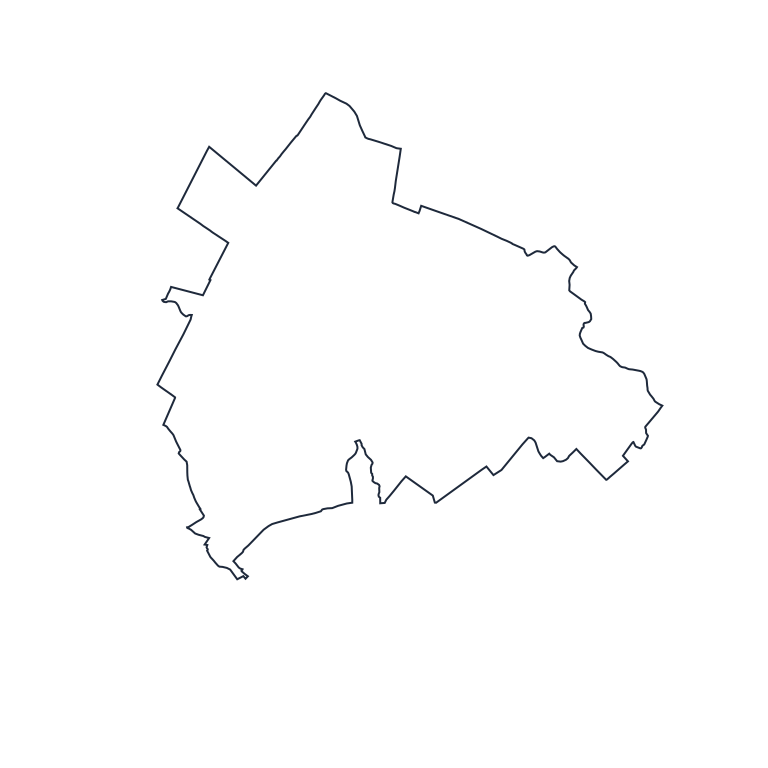 outline of Gaesti, Dâmbovita, Romania, rotated 205°
{"feature_id": "2599482B24662006663343", "entity_name": "Gaesti", "entity_type": "district", "adm_level": 2, "iso_a3": "ROU", "parent_name": "Romania", "parent_adm1": "Dâmbovita", "projection": "equal_earth", "projection_center": [25.308, 44.722], "detail": "fine", "context": "isolated", "style": "outline", "palette": "slate", "viewbox_px": 768, "rotation_deg": 205, "n_neighbors": 0, "source": "geoboundaries", "source_scale": "gbopen_adm2", "svg_char_len": 6154}
<svg xmlns="http://www.w3.org/2000/svg" viewBox="0 0 768 768"><g transform="rotate(205 384 384)"><path d="M642.7,525.1L643.0,520.6L645.3,456.7L645.4,456.0L617.8,451.5L614.6,450.8L611.1,450.3L606.0,449.5L605.0,449.2L602.8,448.8L588.2,446.7L584.8,446.1L586.4,405.8L586.4,404.8L585.2,404.8L585.6,387.9L618.0,382.0L617.7,379.4L617.7,376.8L617.9,374.7L617.8,371.8L617.7,368.9L620.5,366.4L619.8,365.8L618.4,365.4L617.1,365.7L616.0,366.1L614.6,367.7L611.7,369.0L608.8,369.8L607.8,369.9L606.5,369.6L603.9,368.2L602.5,367.0L599.6,364.3L598.5,363.4L597.5,362.9L595.3,362.1L593.1,361.7L592.0,361.6L591.0,362.4L590.2,363.7L589.1,364.6L587.4,365.3L587.2,363.8L586.5,360.6L586.8,344.3L587.7,327.1L588.1,314.0L588.8,297.9L589.1,287.7L584.4,286.7L571.0,284.3L567.7,283.6L567.5,283.1L566.7,253.7L564.0,253.7L562.5,253.4L560.7,252.3L557.6,250.8L554.8,249.6L553.2,248.7L548.1,244.0L545.7,242.1L540.7,238.2L540.3,237.4L540.4,236.7L540.8,236.0L540.9,235.5L540.7,234.3L539.4,233.7L533.0,231.1L530.1,230.2L528.0,227.2L525.1,221.1L523.5,218.0L521.3,214.3L520.1,213.1L516.8,209.3L516.0,208.5L515.3,207.7L514.1,206.3L511.6,204.1L509.9,202.8L507.9,200.7L505.2,198.3L504.0,197.4L499.6,194.4L497.6,193.2L498.0,192.6L491.6,188.6L491.3,187.1L491.5,186.0L492.1,184.8L492.6,183.9L495.7,179.6L498.3,175.4L500.6,171.9L501.0,171.5L501.9,170.9L501.6,170.5L501.0,170.4L499.7,170.5L497.2,170.3L492.0,168.7L488.3,169.0L483.4,169.9L481.8,169.7L477.4,170.5L478.7,162.7L476.1,163.4L475.8,161.0L474.9,160.2L474.1,159.9L473.7,159.3L473.9,158.2L468.6,154.1L467.8,153.6L466.0,152.9L463.6,151.9L461.4,150.8L457.7,149.2L456.0,148.9L453.1,150.0L448.7,150.9L445.0,150.8L434.5,145.0L430.3,150.4L427.2,149.0L426.1,152.2L430.0,153.0L433.5,154.0L434.1,154.3L434.3,154.7L433.9,155.6L433.9,156.3L436.3,156.0L437.2,156.1L438.3,156.4L442.6,158.6L445.6,159.8L444.0,165.1L441.4,170.7L440.9,172.4L441.2,174.4L440.6,176.1L438.7,180.3L431.5,201.1L428.6,206.4L426.2,209.8L421.8,213.7L404.5,228.4L394.8,235.5L391.4,238.3L387.4,242.0L387.0,244.0L386.2,244.9L382.7,247.4L378.5,249.6L374.1,254.2L367.2,260.0L362.6,263.0L363.7,265.4L370.0,277.5L372.8,281.4L377.7,287.2L379.1,288.5L381.3,289.2L382.1,290.2L383.5,294.2L384.1,296.5L384.3,299.6L383.7,301.2L382.3,303.8L381.0,307.0L380.5,308.6L380.4,309.8L380.7,314.1L381.5,315.8L382.9,317.4L384.5,318.8L385.7,319.6L383.2,322.1L382.3,322.8L379.0,320.3L378.4,319.0L376.5,317.6L374.3,316.8L370.8,312.5L367.7,311.0L363.8,309.8L361.2,308.1L360.8,306.9L361.1,305.5L360.6,302.6L358.1,298.1L356.7,297.5L356.1,296.2L354.8,295.2L354.0,293.4L353.9,292.3L353.6,291.4L352.0,290.8L349.9,290.5L348.2,290.9L345.9,290.5L344.8,289.5L344.4,287.7L342.5,284.0L342.4,282.4L342.1,281.0L341.1,279.7L339.4,279.3L337.0,274.3L333.1,276.5L333.0,280.1L331.6,284.8L329.9,291.4L327.4,301.8L327.1,303.1L325.2,309.5L292.6,303.5L287.8,298.0L286.6,298.4L259.2,347.6L256.3,352.5L246.3,347.7L241.2,355.7L233.0,387.8L230.6,395.7L230.3,396.5L227.4,397.2L224.0,396.4L221.9,395.0L215.6,388.2L213.3,386.6L211.2,385.3L208.4,384.1L207.2,386.1L204.8,390.7L203.4,390.1L199.0,389.4L194.5,387.2L191.1,388.3L189.2,389.7L187.0,392.3L186.0,394.5L185.8,397.1L183.9,401.8L182.2,406.4L176.5,404.1L164.3,399.5L155.3,396.0L142.2,391.1L142.1,391.3L141.6,391.6L141.2,392.4L141.1,392.7L140.2,394.7L140.2,394.8L137.8,400.0L132.3,412.4L130.2,417.0L137.1,419.9L134.4,434.3L133.9,436.3L133.4,436.8L130.1,434.1L129.1,433.7L124.5,434.0L123.8,434.5L123.6,435.7L123.7,437.2L122.6,439.2L122.6,443.8L122.7,447.5L122.9,448.6L124.1,449.3L125.7,450.3L127.2,453.3L127.3,453.4L128.8,454.8L129.1,455.7L123.9,474.9L123.2,479.1L122.6,482.0L123.7,482.0L126.0,482.0L130.5,482.6L131.2,482.8L132.1,483.4L133.5,484.5L136.7,486.1L138.3,486.8L142.0,489.3L142.7,490.2L143.4,491.6L144.8,493.7L147.1,497.8L148.1,499.3L152.3,503.1L153.2,503.6L154.0,504.0L154.9,504.2L157.0,504.1L158.4,503.8L164.7,502.2L167.8,501.1L168.5,500.9L169.9,500.8L172.1,500.8L172.7,500.7L175.0,500.0L175.6,499.9L177.3,499.9L177.8,500.0L178.8,500.4L181.0,501.5L182.8,502.2L187.0,503.5L190.2,504.2L192.4,504.1L194.9,504.4L197.5,504.9L199.2,505.0L203.5,503.8L206.2,503.3L210.4,503.0L214.4,502.9L217.8,503.7L220.6,504.7L223.9,507.6L225.6,509.0L227.1,510.6L227.7,512.3L227.9,514.3L228.0,518.1L228.0,518.6L227.4,519.1L227.1,519.4L227.1,519.9L227.2,520.5L227.6,521.1L228.2,522.0L228.4,523.0L228.3,523.7L227.9,524.2L227.4,524.4L225.0,526.3L224.5,526.8L224.2,527.3L223.9,527.9L223.6,530.4L225.1,533.2L225.7,534.0L226.0,534.6L226.5,535.2L228.1,536.2L230.2,537.2L230.6,537.5L232.5,539.2L234.1,540.5L235.8,541.6L236.0,542.0L236.1,542.6L236.3,543.2L236.9,543.4L237.9,543.6L239.9,543.8L241.3,544.0L242.2,544.2L250.9,545.9L254.6,546.6L255.7,547.2L257.7,552.3L259.7,555.6L260.5,558.6L260.5,561.2L259.8,565.4L259.8,567.2L258.7,570.3L258.5,571.5L261.7,571.9L265.9,573.2L268.1,574.8L268.9,575.1L269.7,575.4L274.6,576.3L276.6,576.8L279.7,577.7L281.0,578.2L282.4,578.8L284.5,579.7L286.1,580.6L287.1,581.0L287.5,580.9L288.0,580.8L289.2,579.5L289.6,578.9L293.3,571.7L293.6,571.3L294.5,570.7L295.0,570.5L295.8,570.3L298.9,569.9L301.4,569.1L302.2,568.4L302.8,567.8L306.5,562.5L307.1,561.8L308.0,561.0L308.9,561.0L309.3,561.5L311.4,562.7L312.3,563.4L312.9,564.1L313.5,565.1L313.8,565.3L314.3,565.4L315.3,565.5L324.7,565.3L326.8,565.2L327.4,565.5L329.3,565.6L333.3,565.6L338.7,565.3L343.0,565.4L361.6,565.6L384.5,565.2L385.7,565.2L410.4,562.7L425.6,561.2L424.9,555.8L424.8,553.3L426.3,553.2L428.8,553.0L429.2,552.8L429.5,552.9L433.6,552.7L440.4,552.3L445.4,552.2L450.0,552.0L451.5,551.7L452.4,551.7L453.1,552.1L453.4,553.0L455.3,559.9L456.0,563.1L456.9,566.2L459.1,572.9L466.0,597.0L468.2,604.3L471.0,603.4L472.4,603.0L478.2,602.8L491.4,601.2L499.8,600.0L501.6,599.6L503.1,599.5L505.2,599.6L505.4,599.9L505.5,600.0L510.8,604.4L515.3,608.3L521.8,615.5L526.0,618.3L532.7,621.4L536.5,622.2L543.3,622.2L548.3,622.6L559.6,623.0L560.0,622.4L560.2,621.7L560.3,620.5L561.4,614.5L561.6,612.7L561.8,610.0L562.6,604.8L563.6,597.6L563.8,595.0L564.5,591.8L565.5,585.5L567.4,572.9L567.6,572.4L568.1,572.1L568.4,571.3L570.4,563.7L572.4,555.2L573.1,552.7L573.5,551.1L574.0,549.1L574.5,546.2L574.7,545.7L574.8,545.1L575.1,544.5L575.8,541.0L576.1,540.8L583.8,509.7L642.7,525.1Z" fill="none" stroke="#1e293b" stroke-width="2"/></g></svg>